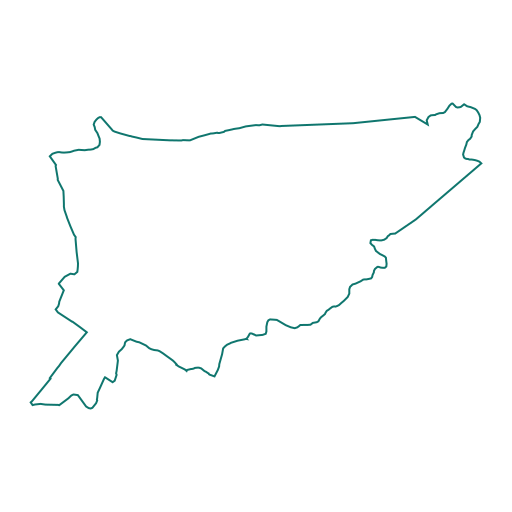 San Antonio Tepetlapa, Oaxaca, Mexico
{"feature_id": "50627088B55263870930805", "entity_name": "San Antonio Tepetlapa", "entity_type": "district", "adm_level": 2, "iso_a3": "MEX", "parent_name": "Mexico", "parent_adm1": "Oaxaca", "projection": "robinson", "projection_center": [-98.047, 16.534], "detail": "fine", "context": "isolated", "style": "outline", "palette": "teal", "viewbox_px": 512, "rotation_deg": 0, "n_neighbors": 0, "source": "geoboundaries", "source_scale": "gbopen_adm2", "svg_char_len": 4634}
<svg xmlns="http://www.w3.org/2000/svg" viewBox="0 0 512 512"><path d="M49.8,156.3L56.0,165.0L55.6,166.0L57.8,178.7L57.7,179.6L57.8,180.1L63.4,190.9L63.7,196.8L63.9,204.0L63.9,206.7L64.5,210.2L66.9,217.1L66.9,217.4L70.4,226.3L74.0,234.7L75.7,237.1L75.5,238.8L76.6,251.9L78.0,263.4L78.0,263.6L77.9,266.5L77.6,269.7L77.3,271.9L74.4,274.3L70.4,273.7L64.7,276.8L58.8,283.6L58.8,283.8L63.8,290.3L59.3,301.6L59.0,303.8L58.2,306.3L55.7,309.4L57.9,312.4L72.1,321.7L72.5,321.7L80.2,327.3L86.8,332.3L73.8,347.6L73.6,347.9L61.0,363.1L59.1,365.9L57.4,367.9L49.8,378.1L50.5,378.7L42.9,388.0L32.1,401.1L30.7,402.4L32.6,405.1L35.0,404.5L40.6,403.9L45.4,404.6L58.2,404.9L59.2,405.2L68.4,398.3L71.1,395.7L72.5,394.9L73.6,394.5L77.8,395.1L79.3,397.1L86.1,406.5L88.7,408.1L90.7,408.5L92.4,407.8L96.1,403.2L97.2,400.4L96.9,399.7L97.2,397.8L97.7,392.7L99.9,388.0L104.0,378.9L105.0,377.3L105.7,377.7L112.6,382.2L114.7,380.7L116.6,374.9L116.1,373.3L116.6,371.0L117.9,360.6L116.9,355.1L118.9,351.7L121.7,349.2L123.8,346.5L124.5,345.4L124.7,344.4L125.0,342.8L125.4,342.0L127.1,340.4L130.3,339.2L131.0,339.5L136.5,341.7L139.3,342.3L146.0,345.5L149.2,348.2L151.3,349.2L154.1,350.0L155.7,350.2L157.5,350.4L158.4,350.7L159.6,351.2L162.9,353.3L167.0,356.3L170.5,358.8L172.8,360.5L174.3,361.9L176.6,364.4L176.3,364.8L177.5,365.6L179.0,366.6L180.9,367.5L185.1,369.6L185.4,370.0L185.9,370.4L186.4,370.7L186.6,370.9L186.8,370.4L186.6,370.1L191.1,369.0L191.8,369.0L193.6,368.6L195.0,367.9L196.1,367.8L196.9,367.7L199.0,367.7L201.2,368.4L204.5,371.1L206.2,371.9L207.7,373.0L208.6,373.4L209.0,374.2L209.5,374.6L214.5,376.4L217.8,370.0L219.1,366.5L219.3,364.1L222.1,354.2L223.1,348.6L223.3,348.2L225.0,346.4L227.1,344.7L230.0,343.4L231.0,342.8L237.6,340.7L244.7,339.3L245.8,338.9L246.5,339.0L246.4,338.9L248.1,336.7L248.4,336.1L249.8,333.6L250.5,333.4L251.8,333.5L253.9,334.5L254.0,334.4L256.1,335.5L262.6,334.9L265.7,333.8L266.4,331.5L266.4,326.6L267.3,322.2L268.4,320.3L270.1,319.4L271.1,319.5L272.9,319.6L276.8,319.9L279.4,321.4L285.8,325.2L290.8,327.3L294.7,328.2L297.2,327.4L298.8,326.3L300.3,325.0L308.1,324.9L310.5,324.7L312.8,322.9L314.0,322.7L316.8,322.2L318.4,321.3L319.9,318.6L321.1,317.2L323.4,315.4L325.0,314.0L325.5,312.8L326.8,310.8L328.5,309.8L329.8,308.7L332.4,306.8L334.2,306.4L335.5,306.6L337.4,305.9L339.1,305.0L341.4,302.9L343.7,301.0L345.3,299.4L347.7,297.0L349.3,293.6L349.3,290.6L349.3,289.2L350.1,286.8L351.2,285.8L352.5,284.5L355.6,283.6L358.4,282.3L360.6,281.3L363.2,279.6L364.6,279.4L366.4,279.4L368.9,278.9L371.1,278.4L372.1,277.1L372.6,274.9L373.8,272.5L374.0,270.8L375.0,268.9L377.4,266.9L378.7,266.9L380.8,267.6L383.0,267.8L384.8,267.8L386.3,266.5L386.6,263.9L386.2,260.7L385.9,257.7L384.8,256.5L382.2,255.1L379.9,254.0L376.0,251.0L374.9,248.8L374.1,246.5L371.8,244.7L370.4,243.1L370.9,240.3L372.7,239.8L374.2,239.9L375.5,239.9L377.3,240.2L379.6,240.4L381.4,240.4L384.2,239.7L386.6,238.1L387.8,236.2L389.1,235.3L390.4,234.0L393.2,233.7L394.6,233.6L395.1,233.6L415.9,219.4L435.7,202.4L481.3,163.4L479.5,161.7L477.4,160.8L475.4,160.2L473.4,159.8L471.4,159.5L469.4,159.5L468.1,159.0L466.5,158.9L465.3,158.5L464.0,157.5L463.1,154.5L463.5,152.7L464.2,150.6L465.0,147.9L466.3,144.6L466.9,142.0L468.5,140.0L470.1,138.8L471.6,136.6L471.7,135.0L473.1,131.4L475.3,128.9L477.3,126.9L478.6,123.9L479.8,121.9L480.2,117.8L479.5,115.1L478.2,112.5L476.6,110.1L475.0,108.9L472.8,108.0L470.6,107.1L468.4,106.6L467.0,106.2L465.1,104.9L464.1,104.3L462.1,105.9L461.0,106.8L459.8,107.2L457.5,107.5L456.0,107.0L452.7,103.6L452.2,103.5L451.5,103.7L449.4,105.7L447.5,108.7L444.9,112.1L443.2,113.0L439.5,113.2L436.2,114.3L435.1,115.0L433.4,115.1L432.2,115.2L430.7,115.4L428.5,117.0L426.7,120.3L427.7,124.5L415.0,116.9L389.3,119.5L353.2,123.2L281.1,126.0L280.1,126.2L278.6,126.1L262.4,124.5L259.3,125.3L255.8,125.1L245.8,126.4L239.4,128.2L235.7,128.7L233.8,129.0L231.8,129.5L230.3,129.8L229.6,130.0L225.1,130.9L223.9,131.9L223.5,132.0L221.4,132.5L219.4,133.0L218.8,133.0L218.1,133.0L217.5,132.9L217.2,132.7L213.2,133.4L211.7,133.5L210.8,133.5L209.2,134.0L204.5,135.3L198.7,136.8L190.1,140.3L187.6,140.3L183.0,140.1L181.3,140.5L169.3,140.3L142.4,139.0L136.4,137.5L131.8,136.5L130.7,136.1L129.6,136.0L120.2,133.4L114.6,131.6L113.0,130.8L112.4,130.3L112.0,129.7L101.1,117.2L99.6,117.2L98.0,118.1L96.4,119.6L94.6,121.9L93.7,124.6L94.7,127.1L95.2,129.8L97.4,133.1L98.6,136.2L99.6,138.6L99.9,141.8L99.5,144.9L97.4,147.3L95.6,147.8L93.3,149.1L90.6,149.6L88.3,149.7L84.7,150.2L81.5,150.0L78.7,149.8L74.1,150.7L72.2,151.4L69.9,152.1L66.9,152.4L64.1,152.6L61.8,152.5L59.2,152.1L57.4,152.2L55.2,152.8L52.4,153.8L49.8,156.3Z" fill="none" stroke="#0f766e" stroke-width="2"/></svg>